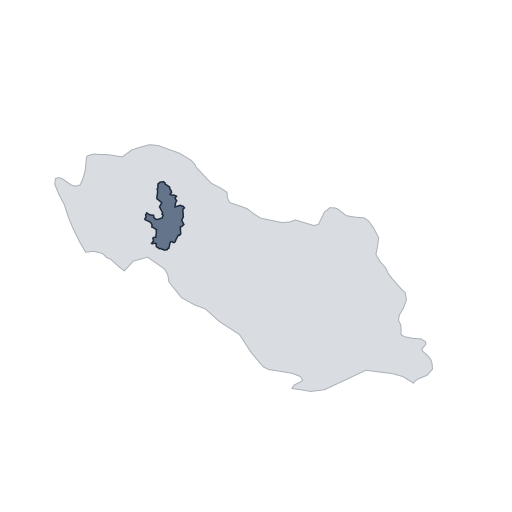 location of Mirditë, Lezhë, Albania, rotated 304°
{"feature_id": "67620474B99888539945274", "entity_name": "Mirditë", "entity_type": "district", "adm_level": 2, "iso_a3": "ALB", "parent_name": "Albania", "parent_adm1": "Lezhë", "projection": "orthographic", "projection_center": [19.989, 41.852], "detail": "fine", "context": "in_parent", "style": "filled", "palette": "slate", "viewbox_px": 512, "rotation_deg": 304, "n_neighbors": 0, "source": "geoboundaries", "source_scale": "gbopen_adm2", "svg_char_len": 3009}
<svg xmlns="http://www.w3.org/2000/svg" viewBox="0 0 512 512"><g transform="rotate(304 256 256)"><path d="M170.0,155.2L170.4,148.3L172.1,137.2L171.2,133.6L172.2,127.2L169.1,118.8L163.9,112.7L169.0,102.0L176.4,89.1L183.2,78.8L191.5,68.2L197.0,57.9L202.9,49.1L208.0,46.4L210.5,48.3L211.8,52.1L211.5,63.6L213.2,67.6L216.7,70.5L224.0,69.1L232.2,66.2L243.2,60.2L245.1,60.5L249.2,63.7L257.7,77.5L263.4,89.7L274.6,93.8L280.8,98.6L288.9,105.7L292.8,113.0L298.4,135.1L299.1,148.5L297.6,154.6L296.2,156.2L291.3,178.1L292.6,189.2L292.6,196.5L288.4,199.5L285.6,204.1L290.3,222.2L289.7,230.0L290.0,238.9L298.4,259.1L303.4,265.3L307.8,268.3L313.6,286.9L317.0,290.1L330.6,288.2L337.3,290.2L340.0,294.6L340.7,297.6L339.9,308.1L343.4,316.1L348.1,324.3L348.1,329.4L345.1,337.7L339.7,347.4L332.5,351.2L324.5,354.4L320.7,361.9L318.8,369.9L315.2,375.9L313.1,382.4L309.7,395.6L309.0,400.4L303.5,405.3L295.0,407.4L287.4,407.8L282.3,410.1L279.7,414.7L274.9,418.3L272.0,420.0L272.0,424.0L275.6,432.4L279.6,439.2L279.7,444.7L277.7,446.2L271.5,445.5L270.2,447.6L269.5,453.7L267.9,458.9L265.3,462.1L260.9,465.6L252.7,464.5L245.0,459.3L241.0,457.6L238.7,457.8L238.1,445.0L234.8,435.0L222.7,411.0L183.5,387.6L174.3,377.1L170.3,368.2L166.3,359.9L170.2,359.7L174.0,361.8L178.9,364.4L180.9,360.2L178.8,351.1L168.9,329.8L168.2,324.0L173.2,306.2L181.6,286.3L181.2,262.2L183.8,243.9L181.1,232.1L179.8,217.5L185.9,198.2L191.0,193.5L194.1,187.4L194.4,166.8L183.1,157.1L170.0,155.2Z" fill="#d9dde1" stroke="#a8b0b8" stroke-width="1"/><path d="M249.6,140.8L248.1,141.7L247.9,144.0L247.5,148.1L242.8,148.5L239.5,154.6L239.0,154.6L238.5,154.6L238.1,154.6L238.0,155.1L238.0,155.4L237.9,156.2L235.1,156.9L231.5,154.2L230.3,152.4L230.9,149.8L232.5,148.3L230.7,144.9L230.6,141.3L230.0,141.4L229.3,141.4L228.3,141.5L227.8,142.1L227.4,142.6L227.2,142.9L226.5,143.0L224.4,143.1L224.1,143.9L224.6,146.7L224.9,149.9L224.3,151.2L223.6,152.5L221.8,153.3L222.1,155.3L222.2,158.9L221.3,159.1L219.9,160.1L218.4,161.0L216.7,161.7L215.7,162.5L214.8,161.7L214.1,160.6L213.0,160.6L211.4,162.5L208.0,162.4L208.1,163.2L209.3,164.1L210.2,165.3L210.4,166.5L209.6,166.8L208.0,168.2L208.1,172.1L208.9,172.7L209.0,174.2L209.5,175.1L209.5,176.6L210.2,177.3L211.0,178.3L211.8,178.9L213.1,178.7L213.7,179.4L218.5,177.5L220.1,177.3L221.0,178.4L220.9,180.0L221.8,180.9L223.2,180.9L224.6,180.5L230.0,179.9L230.4,181.1L232.4,181.2L233.3,180.4L237.7,177.0L238.9,177.9L241.8,178.6L244.1,174.4L247.8,173.9L253.8,169.2L255.9,169.8L256.5,167.5L255.8,166.6L255.8,165.0L251.4,161.4L252.8,160.6L255.3,159.5L257.5,159.4L258.0,157.9L258.8,156.5L261.1,156.7L260.6,153.9L259.2,152.0L259.3,150.1L260.4,150.3L261.4,150.5L261.8,150.1L262.2,149.6L262.7,149.1L263.3,147.2L264.8,145.9L264.9,143.5L264.8,140.7L265.6,139.6L265.8,139.4L265.7,139.1L265.9,137.7L265.4,137.2L264.7,136.5L263.6,135.2L262.8,135.0L261.9,134.7L261.0,134.4L260.1,134.9L259.4,135.3L257.9,136.6L256.2,136.6L254.7,138.3L253.8,138.8L252.1,139.6L251.0,140.1L249.6,140.8Z" fill="#64748b" stroke="#1e293b" stroke-width="1.5"/></g></svg>